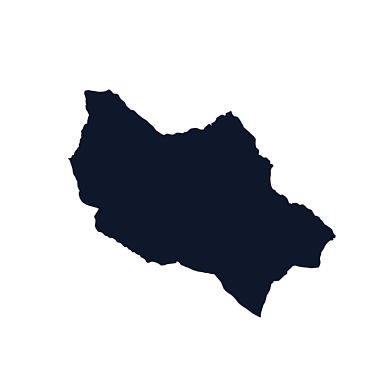 outline of Tibirita, Cundinamarca, Colombia, rotated 127°
{"feature_id": "7082276B65306384541735", "entity_name": "Tibirita", "entity_type": "district", "adm_level": 2, "iso_a3": "COL", "parent_name": "Colombia", "parent_adm1": "Cundinamarca", "projection": "robinson", "projection_center": [-73.516, 5.082], "detail": "fine", "context": "isolated", "style": "filled", "palette": "ink", "viewbox_px": 384, "rotation_deg": 127, "n_neighbors": 0, "source": "geoboundaries", "source_scale": "gbopen_adm2", "svg_char_len": 6064}
<svg xmlns="http://www.w3.org/2000/svg" viewBox="0 0 384 384"><g transform="rotate(127 192 192)"><path d="M278.5,246.4L278.6,245.5L279.2,244.1L279.4,243.4L279.2,242.7L278.2,240.8L277.8,238.9L277.9,238.1L278.3,236.1L278.4,235.2L277.3,232.5L277.6,231.1L277.5,230.4L277.2,229.9L276.4,229.2L276.0,228.4L275.7,226.8L275.5,225.0L275.7,223.9L276.0,222.8L276.2,221.7L276.1,220.7L275.8,220.1L275.3,219.6L275.1,218.8L275.1,217.8L275.2,215.8L275.6,215.1L275.7,213.7L275.9,213.0L275.6,212.5L275.0,212.1L274.5,211.5L274.4,210.9L275.1,208.0L274.6,206.0L275.0,204.3L275.1,203.4L274.8,203.0L273.8,202.2L274.2,200.3L274.2,199.5L274.0,198.2L273.2,195.6L273.2,195.0L273.9,194.1L274.1,193.6L273.5,191.2L273.5,188.9L273.8,187.9L274.7,186.1L274.5,185.0L274.0,184.4L271.8,183.2L271.0,182.4L270.3,181.1L269.6,179.6L268.6,175.8L268.5,174.8L268.6,173.6L268.6,172.7L268.0,172.0L267.0,171.2L266.4,170.2L265.1,169.7L263.5,168.4L261.1,165.8L258.2,162.9L257.8,162.8L257.0,163.6L256.5,163.5L256.2,163.1L255.5,161.9L255.2,160.8L255.3,159.6L256.1,157.1L256.0,156.1L255.5,155.1L254.9,152.0L254.0,149.7L253.0,144.5L251.1,139.3L249.0,135.7L247.9,132.9L246.4,130.9L245.8,129.0L245.1,127.5L244.0,125.9L243.5,124.9L243.6,123.9L244.0,122.5L245.2,116.9L245.8,114.6L246.8,112.6L249.4,108.4L250.0,106.1L250.2,103.6L249.9,100.2L249.9,97.4L250.7,92.2L251.9,88.4L252.1,86.1L252.1,82.6L251.8,79.6L251.7,70.0L250.8,64.0L250.4,62.7L248.7,64.0L246.7,65.0L240.0,67.5L238.9,67.8L236.2,68.0L229.2,70.9L227.9,70.8L223.7,71.5L222.3,71.9L218.2,73.9L216.6,73.9L215.2,73.4L214.1,73.9L213.8,73.9L213.2,73.5L212.6,72.4L211.8,71.6L211.1,71.2L210.9,70.9L210.8,70.3L210.1,69.8L203.7,68.8L201.9,68.3L201.1,67.8L200.4,67.6L199.8,67.8L198.2,68.9L197.3,68.9L196.5,68.6L193.0,67.9L190.9,67.8L190.0,67.6L188.7,66.6L188.0,65.7L187.4,64.4L186.7,62.3L186.0,60.8L183.9,57.2L182.2,54.5L181.0,52.1L179.4,50.1L175.9,46.3L174.2,46.4L172.1,47.2L171.1,47.8L169.0,50.0L167.8,50.8L167.0,51.3L165.1,51.7L163.0,52.9L161.8,53.2L159.2,53.2L158.6,53.4L156.6,53.6L155.8,54.1L154.7,54.0L152.8,54.2L148.5,53.6L146.5,52.7L145.8,51.4L145.1,51.3L144.7,51.9L143.8,52.8L142.7,51.0L141.9,51.0L141.0,51.5L141.0,52.5L140.6,54.2L138.8,57.0L138.4,58.0L138.2,59.7L138.4,64.8L138.7,66.1L138.6,67.2L137.3,70.6L137.3,72.4L137.2,73.0L136.4,74.7L136.3,75.4L136.5,77.0L136.9,78.0L137.7,79.4L137.6,80.0L137.1,80.9L136.2,83.4L135.4,84.9L135.2,86.0L135.8,87.8L136.4,90.3L136.3,91.2L135.9,92.6L135.9,93.7L135.7,94.5L135.7,95.3L136.5,96.5L137.7,97.2L138.1,97.8L138.3,98.5L138.2,100.4L138.4,101.4L138.8,102.2L139.3,102.4L139.8,102.9L140.4,104.1L140.9,104.4L142.1,104.7L142.8,105.3L142.9,105.9L142.6,106.6L143.3,107.3L143.8,108.2L143.7,108.6L143.1,108.5L142.7,108.7L140.7,111.9L140.4,113.0L140.2,114.1L140.2,116.7L140.3,117.7L140.7,118.3L141.7,118.9L142.0,119.6L142.0,124.0L141.8,125.5L141.3,126.2L141.3,126.9L141.7,128.6L141.7,129.5L141.4,130.3L140.5,132.0L139.6,133.4L138.5,134.6L135.0,137.8L133.7,138.8L131.5,139.8L127.8,142.7L125.9,143.4L125.0,143.6L122.9,143.3L122.6,143.4L122.3,143.7L122.2,144.1L122.4,144.9L123.1,146.5L123.1,147.2L122.8,147.6L121.1,148.3L120.8,148.8L120.8,150.9L120.4,152.8L120.5,153.4L121.9,154.7L122.1,155.2L122.2,156.8L122.0,158.6L122.1,159.3L122.8,160.5L122.8,161.4L122.4,161.9L119.5,163.6L118.9,164.1L118.7,164.8L118.7,166.3L118.6,167.7L117.5,169.3L117.0,169.5L116.0,170.7L112.2,173.2L111.5,174.2L111.2,175.4L110.9,177.4L110.8,180.3L110.4,182.5L109.9,189.9L108.5,191.9L108.0,193.7L106.9,195.7L105.4,199.9L105.5,200.8L106.0,202.3L106.6,203.2L106.8,204.1L106.8,204.7L106.0,207.3L104.6,209.3L106.9,210.4L108.6,211.5L109.7,211.0L110.2,210.5L110.8,210.4L111.3,210.7L112.3,212.1L112.4,213.1L112.6,213.8L113.2,214.4L114.1,214.9L116.2,215.5L117.5,216.2L118.2,216.2L119.6,215.7L121.4,215.4L123.3,215.8L125.0,216.8L125.5,216.9L126.7,215.5L127.1,215.3L127.5,215.3L127.9,215.8L128.1,216.5L127.7,218.7L128.0,218.9L132.8,219.9L134.0,219.7L135.3,219.7L136.0,220.1L137.0,221.4L138.2,223.7L138.5,226.0L139.4,227.4L141.6,229.7L143.0,230.7L147.4,231.6L149.4,233.6L150.6,233.7L151.4,234.5L152.2,236.0L154.1,239.1L154.9,239.7L156.4,240.0L158.4,241.3L159.5,243.3L160.7,246.0L161.6,247.1L162.5,247.3L163.9,248.1L164.5,249.4L164.7,250.9L165.1,257.3L164.9,258.6L163.7,262.7L163.5,267.6L163.1,269.6L162.9,271.6L163.3,274.5L163.3,279.6L163.3,281.5L162.5,286.5L162.5,287.1L162.7,287.8L163.7,289.6L164.0,290.9L163.6,292.7L163.6,295.3L163.4,296.0L162.9,297.4L161.7,299.3L161.5,299.9L161.4,301.8L161.4,304.1L161.2,305.0L160.6,307.0L159.5,308.9L159.3,309.7L159.6,310.9L160.7,312.5L161.3,313.6L161.2,315.2L160.7,317.1L160.6,318.4L160.6,319.0L160.9,319.8L163.3,320.6L166.0,323.0L167.3,324.6L168.5,326.0L169.6,328.0L170.6,330.0L171.8,332.1L173.7,335.9L174.9,336.8L175.7,337.7L177.3,337.1L178.2,336.4L179.0,334.8L180.1,333.6L180.8,332.5L181.2,332.0L183.0,331.2L183.8,330.2L184.5,329.8L185.1,328.8L185.6,328.3L186.0,328.2L186.6,328.4L188.7,326.6L189.3,325.8L190.0,323.3L191.0,322.0L191.1,321.1L191.6,320.4L192.2,320.0L193.2,319.4L194.4,319.3L196.1,318.5L197.2,318.1L199.1,317.0L199.7,316.2L200.2,316.1L200.8,316.3L201.8,317.2L202.2,317.4L203.9,317.6L208.3,316.3L209.7,316.6L210.1,316.4L211.1,315.0L213.0,314.1L213.8,313.1L214.5,312.7L215.2,312.4L217.1,312.4L218.2,311.8L219.6,310.8L221.8,310.3L222.9,309.3L223.4,309.0L224.1,308.8L225.6,309.1L226.1,309.1L227.0,308.7L227.8,309.0L228.6,309.1L230.8,309.0L232.8,308.1L233.8,307.9L234.2,308.1L235.0,309.0L235.3,309.0L237.5,308.2L238.0,308.3L238.4,308.7L238.6,309.2L239.4,309.9L239.5,309.2L239.5,308.2L240.4,307.5L241.9,305.1L242.2,304.8L242.8,303.8L245.1,300.7L246.9,299.0L248.7,296.9L249.6,294.0L250.0,293.2L251.1,291.8L251.6,290.1L251.9,289.6L252.7,288.9L254.4,287.6L255.6,286.4L256.0,286.1L257.4,283.8L257.7,282.6L258.2,281.9L259.0,281.5L259.9,281.5L260.5,281.2L262.1,279.9L263.6,277.9L264.6,275.8L265.2,274.0L265.3,272.9L265.2,270.1L265.0,268.7L264.1,266.0L261.2,258.7L260.4,255.9L262.8,255.2L264.1,255.3L264.9,254.9L266.6,255.2L268.2,254.8L269.7,254.9L270.2,254.6L270.5,254.2L271.3,252.4L271.8,251.8L274.1,250.2L276.6,248.9L277.2,248.4L277.6,247.8L277.9,247.0L278.5,246.4Z" fill="#0f172a" stroke="#020617" stroke-width="1.5"/></g></svg>